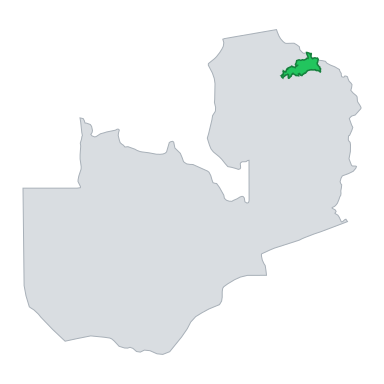 Senga Hill, Northern, Zambia (highlighted)
{"feature_id": "96606910B60229531220552", "entity_name": "Senga Hill", "entity_type": "district", "adm_level": 2, "iso_a3": "ZMB", "parent_name": "Zambia", "parent_adm1": "Northern", "projection": "robinson", "projection_center": [31.64, -9.277], "detail": "fine", "context": "in_parent", "style": "filled", "palette": "green", "viewbox_px": 384, "rotation_deg": 0, "n_neighbors": 0, "source": "geoboundaries", "source_scale": "gbopen_adm2", "svg_char_len": 7980}
<svg xmlns="http://www.w3.org/2000/svg" viewBox="0 0 384 384"><path d="M266.5,275.3L247.3,275.4L240.3,277.1L234.6,279.7L227.8,283.8L223.8,286.7L222.7,288.3L222.2,291.8L222.2,297.2L221.6,301.1L219.5,304.6L209.1,308.9L202.4,312.5L195.7,316.6L190.7,322.1L187.3,328.7L181.6,337.0L169.7,351.7L162.8,354.4L157.0,353.8L150.0,350.7L144.4,350.1L140.3,352.1L136.5,351.5L133.0,348.4L130.0,347.3L127.7,348.1L124.6,348.0L119.1,346.3L114.2,341.0L111.6,338.8L109.6,338.0L103.9,337.2L90.7,335.9L77.1,338.6L65.1,341.2L52.7,329.5L40.8,317.1L38.3,314.0L33.8,309.8L30.6,307.8L29.3,306.8L26.0,295.8L24.1,285.6L23.0,188.2L76.9,188.2L80.4,187.7L80.5,186.7L78.0,181.5L78.1,179.7L78.8,176.1L81.1,169.1L81.2,166.7L80.1,159.0L80.1,154.7L80.7,146.1L80.3,143.1L81.5,139.2L81.9,136.6L82.4,135.5L81.8,132.6L80.7,122.2L80.0,117.9L83.2,118.6L84.3,120.7L85.0,123.0L86.4,123.1L90.3,124.5L91.6,126.4L92.5,130.6L92.0,132.7L90.8,134.4L92.0,135.9L94.6,136.9L96.1,136.6L100.4,133.8L104.4,132.7L106.5,132.0L115.4,130.2L117.1,129.2L118.4,129.2L119.3,130.0L118.5,132.9L118.2,135.5L119.4,140.4L120.2,142.7L122.1,144.4L123.4,145.2L124.9,147.0L128.0,146.7L134.9,149.2L137.0,150.4L139.9,151.5L141.9,151.9L148.9,152.8L156.4,154.2L160.2,154.3L163.0,154.0L164.9,153.3L166.0,152.5L166.6,151.8L169.3,142.5L170.8,141.7L172.6,141.3L173.7,142.1L174.9,148.0L180.3,153.3L182.2,157.8L183.5,161.6L184.7,162.6L186.7,163.9L190.0,164.4L192.9,164.5L207.4,171.0L209.0,172.2L210.8,175.7L211.9,179.6L213.0,182.7L214.9,183.3L216.6,183.5L218.2,185.7L219.5,187.5L223.8,195.2L224.4,198.3L226.5,200.3L229.3,201.2L231.9,201.3L233.4,200.4L237.1,198.8L240.0,197.0L242.1,196.3L243.3,196.7L244.3,198.0L244.9,201.8L247.0,203.1L248.5,202.6L249.0,201.1L249.1,200.3L249.0,160.3L247.7,160.5L246.0,161.7L242.2,161.8L240.7,162.7L240.2,163.9L240.5,165.6L240.6,167.9L240.0,168.9L238.4,169.4L235.9,168.5L231.5,167.3L227.8,166.6L225.2,163.6L221.6,159.1L219.3,156.8L213.6,152.1L212.7,151.1L211.0,148.9L209.5,145.2L208.1,140.8L207.3,138.1L208.6,133.8L211.9,119.9L212.6,115.6L215.4,111.2L215.6,107.3L214.4,102.3L214.7,99.5L215.0,83.6L214.3,78.6L212.4,73.0L208.3,65.2L208.4,63.6L214.6,58.6L216.5,56.7L219.7,52.6L221.9,49.1L223.3,46.3L223.8,42.7L222.8,39.2L224.9,38.5L276.5,29.6L277.3,32.0L278.9,35.9L280.6,38.8L282.9,41.4L284.7,42.9L286.0,43.4L294.0,43.2L296.8,44.8L299.3,46.7L299.9,49.8L301.6,51.7L303.3,53.2L304.1,53.3L305.4,53.0L307.5,52.9L309.5,53.6L310.4,54.3L310.5,56.8L311.1,58.0L313.8,58.4L316.6,58.6L319.2,60.3L322.1,60.6L325.4,61.3L326.9,63.2L330.5,65.1L334.8,66.8L339.5,69.6L339.6,70.5L340.4,72.1L341.2,73.3L341.3,75.1L341.7,76.7L342.9,77.1L343.9,77.2L344.8,76.0L346.1,76.1L347.5,76.8L348.0,78.7L349.1,81.2L350.8,82.9L352.0,84.6L351.6,87.6L350.8,90.4L353.2,93.1L356.3,95.7L357.1,96.9L357.4,100.8L357.8,102.1L359.9,105.3L361.0,107.4L360.9,108.6L355.2,115.0L351.8,116.0L350.3,117.3L349.3,118.6L351.6,125.0L352.8,127.4L351.8,130.4L349.5,135.5L348.5,135.9L348.3,139.8L349.0,141.2L350.1,142.3L350.5,144.9L350.4,151.4L349.0,158.8L351.5,165.3L352.4,166.0L355.9,166.1L356.5,166.6L355.7,168.4L353.2,171.3L348.7,173.5L342.3,175.9L341.0,178.3L340.1,181.7L340.8,183.7L341.7,184.8L341.4,187.8L340.8,190.9L341.0,193.4L340.7,195.5L339.9,196.6L338.8,199.9L337.4,203.2L336.3,204.7L334.7,206.3L332.1,207.6L332.2,208.3L335.1,209.8L335.8,210.8L336.1,211.6L334.9,213.2L336.2,214.2L337.8,215.1L339.3,217.3L341.1,221.4L341.4,221.8L341.9,221.9L342.9,221.4L344.6,219.8L345.9,219.2L347.5,221.6L320.6,231.8L314.3,233.9L304.9,237.5L301.9,238.8L299.4,240.1L274.5,248.1L270.6,249.7L261.7,253.8L261.4,254.4L261.5,256.3L262.3,260.1L263.9,263.6L265.2,265.6L266.0,270.8L266.5,275.3Z" fill="#d9dde1" stroke="#a8b0b8" stroke-width="1"/><path d="M288.5,78.2L289.0,78.0L289.3,78.0L289.3,77.8L289.5,77.7L289.8,77.4L289.9,77.1L290.0,77.1L290.0,76.9L290.3,76.6L290.6,76.4L291.0,76.4L291.2,76.2L291.2,75.5L291.4,75.2L291.5,75.1L291.8,74.8L291.7,74.8L291.7,74.7L291.9,74.5L292.0,74.3L292.2,74.1L292.3,73.8L292.7,73.6L293.0,73.3L293.5,73.9L293.9,74.2L294.1,74.2L294.4,74.4L294.7,74.5L295.1,74.9L295.3,74.9L295.6,75.1L295.8,75.5L296.0,75.6L296.4,75.6L296.7,75.5L296.8,75.4L296.9,75.5L297.1,75.6L297.4,75.5L297.8,75.5L298.0,75.6L298.4,75.7L298.7,75.7L298.7,75.8L298.8,75.8L298.8,75.6L298.8,75.2L298.8,74.8L298.8,74.5L298.8,74.1L299.0,73.8L298.8,73.7L299.1,73.5L299.5,73.5L299.8,73.9L300.1,74.2L300.8,75.3L301.0,75.3L301.3,75.3L301.9,75.6L302.0,75.5L302.0,75.4L302.1,75.2L302.3,75.1L302.4,74.9L302.5,74.8L302.5,74.7L302.8,74.5L302.9,74.3L303.0,74.3L303.3,74.1L303.6,74.1L303.8,74.0L304.0,73.8L304.1,73.4L304.4,73.3L304.5,73.1L304.8,73.1L305.3,73.2L305.5,73.0L305.7,72.9L305.9,72.7L306.1,72.4L306.1,72.1L306.5,71.9L306.7,71.6L306.9,71.5L307.0,71.4L307.2,70.8L307.4,70.6L307.8,70.5L308.1,70.5L308.6,70.3L309.0,70.3L309.7,69.9L310.2,70.0L310.7,69.8L310.9,69.7L311.3,69.8L311.5,69.7L311.7,69.9L311.9,69.9L312.0,69.8L312.4,69.9L312.9,69.9L313.0,69.8L313.3,69.9L313.5,69.9L313.8,69.9L314.1,69.9L314.3,69.8L314.5,69.7L314.8,69.7L315.1,69.7L315.1,69.9L315.3,70.1L315.9,70.1L316.3,70.6L316.6,70.6L317.3,70.4L317.7,70.6L318.0,70.5L318.3,70.7L318.5,70.7L318.6,70.8L318.9,71.0L319.3,71.0L319.6,71.4L319.8,71.5L320.0,71.9L320.3,72.0L320.4,71.8L320.5,71.7L320.5,71.4L320.3,71.0L320.4,70.8L320.3,70.7L320.3,70.4L320.2,70.2L320.2,69.9L320.3,69.7L320.2,69.7L320.2,69.3L320.3,69.2L320.3,68.9L320.4,68.7L320.1,68.6L319.9,68.5L319.9,68.3L319.9,68.2L320.0,68.0L319.8,67.8L319.8,67.6L319.6,67.3L319.5,67.2L319.6,66.9L319.4,66.8L319.2,66.7L318.9,66.4L318.6,66.1L318.5,65.9L318.2,65.6L318.2,65.4L317.9,65.0L317.7,64.9L317.6,64.7L317.5,64.4L317.4,64.4L317.4,64.2L317.2,63.6L317.2,63.4L317.1,63.0L317.2,62.9L317.6,62.4L317.6,62.1L317.9,61.0L317.9,60.9L318.0,60.5L318.0,60.1L318.1,59.8L318.1,59.6L318.1,59.4L318.2,59.2L317.8,58.9L317.7,58.5L317.5,58.1L316.9,58.3L314.8,57.8L313.3,58.2L313.2,58.5L312.8,58.7L312.5,58.7L312.1,58.3L311.8,58.1L311.6,57.8L311.5,57.3L311.2,57.1L311.0,56.8L311.0,56.6L311.0,56.2L310.8,55.6L310.8,55.4L311.0,55.2L310.9,55.1L311.0,55.1L311.0,54.9L311.1,54.6L311.3,54.2L311.3,53.8L311.3,53.7L311.2,53.5L311.0,53.4L310.8,53.5L310.6,53.7L310.2,53.6L308.6,52.9L307.6,52.7L307.0,52.4L306.9,52.4L306.8,52.5L306.6,52.5L306.8,53.3L306.7,53.8L306.9,54.0L307.0,54.5L307.4,55.2L307.5,55.6L307.5,55.8L307.8,56.1L307.9,56.4L308.1,57.2L308.1,57.7L308.0,58.2L308.0,58.4L307.2,58.2L306.5,58.4L306.3,58.9L305.9,59.3L304.8,59.7L304.4,60.0L303.7,60.1L303.4,60.0L303.1,59.8L302.9,59.7L302.0,59.9L301.2,60.3L300.8,60.4L300.5,60.3L300.0,60.1L299.0,59.8L298.7,60.0L297.8,60.2L297.4,60.4L296.7,60.6L296.4,61.9L296.3,62.6L295.9,63.5L295.4,64.3L295.5,64.6L295.8,65.3L296.6,65.3L297.1,65.2L297.5,65.3L297.2,65.6L296.4,66.4L296.0,66.5L295.6,66.7L295.3,67.2L295.0,67.4L295.0,67.5L294.8,67.4L294.4,67.4L294.2,67.1L293.9,67.0L293.5,67.0L293.0,67.0L292.8,66.8L292.7,66.8L292.7,66.7L292.3,66.6L292.0,66.2L291.6,66.1L291.4,66.3L291.3,66.5L291.1,66.6L290.9,66.8L290.7,66.9L290.4,67.1L290.2,67.1L289.9,67.3L289.5,67.3L289.3,67.4L289.2,67.6L288.5,67.8L288.1,68.1L287.7,68.2L287.6,68.3L288.0,68.3L287.6,69.3L287.2,69.3L286.6,69.7L286.3,70.3L286.3,70.6L286.2,70.8L286.2,71.0L286.1,71.4L286.0,71.6L286.0,71.8L285.6,71.8L285.4,71.7L285.3,71.8L285.1,71.5L284.8,71.4L284.4,71.5L284.2,71.4L283.8,71.4L283.5,71.1L283.5,71.4L283.4,71.5L283.1,71.5L283.2,71.9L283.4,72.0L283.5,72.3L283.4,72.3L283.4,72.8L283.4,73.1L283.3,73.3L283.3,73.5L283.2,73.5L283.1,73.8L283.1,74.1L282.9,74.2L282.9,74.4L282.9,74.5L283.0,74.7L282.7,74.6L282.4,74.7L282.2,74.7L282.2,74.9L282.1,75.0L282.2,75.4L282.0,75.6L281.9,75.5L281.7,75.6L281.7,75.8L281.8,75.8L281.7,75.9L281.5,76.0L281.4,76.0L281.5,76.1L281.4,76.2L281.4,76.3L281.6,76.5L281.8,77.0L282.0,77.1L282.1,77.4L282.7,77.6L282.7,77.8L282.9,78.0L283.0,77.7L283.4,77.0L284.8,76.0L285.2,75.6L285.3,75.1L285.6,75.2L285.8,75.2L286.4,74.8L286.6,74.8L286.8,74.8L287.1,74.7L287.4,74.4L287.7,74.2L288.2,74.5L288.3,74.7L288.5,74.8L288.6,75.0L288.5,75.3L288.4,75.6L288.3,75.9L288.2,76.0L288.3,76.4L288.3,76.5L288.4,76.9L288.3,77.0L288.3,77.5L288.5,77.8L288.4,78.0L288.5,78.2Z" fill="#22c55e" stroke="#15803d" stroke-width="1.5"/></svg>